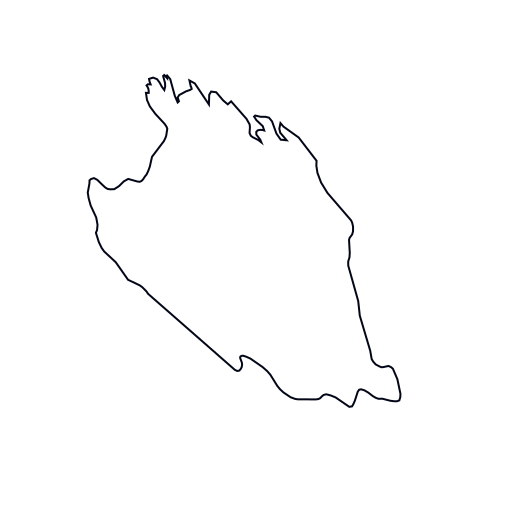 Södermanland, Equal Earth projection, rotated 228°
{"feature_id": "SWE-185", "entity_name": "Södermanland", "entity_type": "County", "adm_level": 1, "iso_a3": "SWE", "parent_name": "Sweden", "parent_adm1": "", "projection": "equal_earth", "projection_center": [16.821, 59.079], "detail": "fine", "context": "isolated", "style": "outline", "palette": "ink", "viewbox_px": 512, "rotation_deg": 228, "n_neighbors": 0, "source": "natural_earth", "source_scale": "10m", "svg_char_len": 2585}
<svg xmlns="http://www.w3.org/2000/svg" viewBox="0 0 512 512"><g transform="rotate(228 256 256)"><path d="M450.9,283.4L449.9,284.3L449.0,285.4L450.6,286.8L452.3,287.9L454.1,288.5L456.0,288.8L456.0,290.5L454.0,292.5L456.6,293.5L459.2,295.0L457.4,298.9L453.6,300.8L449.3,300.4L444.9,299.3L440.7,298.9L442.7,301.9L445.5,304.2L451.9,307.4L451.9,308.9L447.6,308.9L449.0,310.0L450.5,310.8L444.8,310.6L429.3,302.8L422.5,300.5L422.5,302.2L426.2,303.9L427.0,306.6L425.2,314.1L423.5,318.2L423.2,320.0L424.7,320.8L426.1,321.2L431.0,324.0L425.2,326.0L400.1,322.4L407.1,329.1L408.2,332.7L404.3,336.0L393.6,335.7L387.6,336.5L387.6,341.0L364.3,340.7L358.0,339.3L355.8,337.7L351.7,333.5L348.8,332.6L346.4,333.1L340.4,335.4L336.8,336.0L339.6,337.0L346.0,337.5L348.1,339.3L348.2,341.5L346.9,343.6L345.2,345.2L343.8,346.1L348.0,347.9L356.7,347.2L360.9,347.9L360.9,349.4L356.2,352.7L353.2,356.1L350.1,358.2L345.3,358.0L333.3,353.1L325.9,352.2L321.5,356.2L331.4,356.5L335.0,358.5L338.4,363.1L333.7,363.0L315.5,367.0L286.2,364.7L282.9,361.4L276.7,357.3L267.0,353.5L255.1,351.3L218.8,350.5L216.3,349.7L212.9,347.8L209.4,344.6L207.7,341.9L206.8,337.6L205.7,335.9L195.5,327.7L192.4,324.5L190.2,320.8L187.1,318.1L154.1,301.8L142.2,293.2L109.2,277.5L102.0,273.0L99.1,272.4L95.3,272.4L91.2,273.9L89.4,274.8L88.3,276.2L85.6,280.9L83.0,282.0L80.6,282.3L69.8,278.6L56.9,271.1L54.5,268.7L52.8,265.9L53.7,263.6L55.8,261.3L58.5,259.0L65.4,254.4L67.8,251.6L70.2,250.2L73.6,249.1L79.5,248.0L83.6,246.7L86.6,244.9L87.6,243.2L87.1,240.9L82.3,232.6L80.6,228.8L80.0,226.7L81.5,224.4L97.7,220.5L102.6,218.1L106.3,215.6L107.5,213.2L107.6,210.9L107.4,208.7L107.9,206.7L109.4,204.5L121.7,191.0L123.7,189.4L127.9,187.2L136.3,185.1L141.1,184.7L145.2,184.9L158.1,187.2L162.8,187.3L169.0,186.6L183.5,183.2L187.8,181.3L190.4,179.8L191.3,178.7L191.7,177.5L191.5,176.6L190.7,175.9L186.3,174.2L184.6,173.0L183.1,171.2L182.3,169.2L182.0,166.9L183.0,165.3L183.2,165.1L185.6,164.1L299.9,150.5L303.3,150.9L309.0,150.6L311.9,150.0L323.9,145.0L345.2,147.6L360.9,146.2L365.3,146.7L371.5,148.5L379.6,152.2L380.5,152.7L380.8,153.5L381.6,155.2L385.2,159.1L391.5,163.0L404.1,166.9L411.1,170.4L415.7,173.4L421.3,180.7L423.6,182.9L423.6,184.9L422.3,187.7L418.8,189.0L411.4,189.5L407.9,189.8L405.1,190.6L403.0,192.4L400.5,195.4L399.6,201.0L399.9,207.7L398.8,212.6L390.7,217.7L389.0,219.2L388.4,221.0L388.5,223.3L389.4,226.6L389.8,229.2L391.2,232.6L393.4,236.8L399.3,245.1L403.0,264.4L404.3,267.6L405.5,269.8L409.9,275.2L411.9,276.0L415.4,276.5L429.0,276.3L438.2,277.2L444.9,279.4L450.9,283.4Z" fill="none" stroke="#020617" stroke-width="2"/></g></svg>